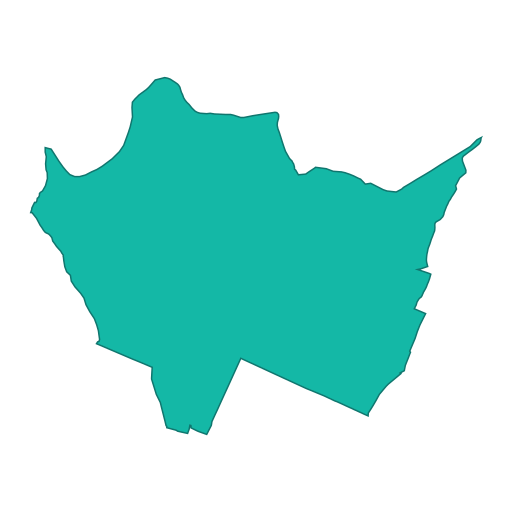 Tlanepantla, Puebla, Mexico
{"feature_id": "50627088B83068266269285", "entity_name": "Tlanepantla", "entity_type": "district", "adm_level": 2, "iso_a3": "MEX", "parent_name": "Mexico", "parent_adm1": "Puebla", "projection": "albers", "projection_center": [-97.882, 18.857], "detail": "fine", "context": "isolated", "style": "filled", "palette": "teal", "viewbox_px": 512, "rotation_deg": 0, "n_neighbors": 0, "source": "geoboundaries", "source_scale": "gbopen_adm2", "svg_char_len": 4454}
<svg xmlns="http://www.w3.org/2000/svg" viewBox="0 0 512 512"><path d="M164.7,77.6L155.2,80.0L152.6,83.0L148.8,87.3L148.4,87.7L146.2,89.7L139.2,94.8L134.9,99.1L132.4,102.2L132.0,107.5L132.5,117.0L130.2,126.9L128.5,132.2L123.7,145.4L119.4,151.7L112.2,158.8L102.3,166.2L96.9,169.5L91.7,171.8L85.5,175.0L79.6,176.6L74.7,176.6L69.8,174.6L66.3,171.0L63.0,167.0L58.8,161.1L57.1,158.4L51.4,149.5L51.1,149.1L47.8,148.3L45.2,147.6L45.2,152.1L46.3,156.7L45.6,163.8L46.1,169.8L47.2,172.6L47.4,178.6L45.5,185.7L42.5,191.0L40.4,192.4L39.5,193.5L39.4,195.5L38.6,197.3L37.3,198.3L36.8,201.1L35.8,202.6L34.6,202.4L33.3,205.0L31.9,207.9L31.7,209.6L31.2,211.2L30.7,212.6L32.1,212.7L36.5,218.3L40.2,225.3L41.8,227.5L43.6,230.4L45.3,232.4L47.1,233.3L48.5,233.9L49.7,235.0L51.0,236.5L51.9,237.8L52.6,240.5L52.7,241.0L54.9,244.0L56.5,246.4L58.7,248.9L60.9,251.3L61.5,252.6L63.3,255.2L63.2,256.3L63.3,256.4L63.5,257.9L63.8,260.6L64.8,266.7L66.7,271.8L70.4,275.3L71.3,281.1L75.0,286.9L80.6,293.2L84.0,298.1L86.0,304.7L89.8,311.7L94.4,318.7L96.7,324.8L98.4,330.7L99.6,339.5L99.0,341.3L97.6,341.9L96.5,343.7L112.2,350.4L117.8,352.8L119.0,353.3L126.7,356.6L127.4,356.9L133.0,359.3L133.8,359.6L139.9,362.1L152.2,367.3L151.6,378.1L151.6,379.1L156.3,394.3L160.3,402.4L160.7,404.0L161.4,406.9L165.0,421.1L166.1,425.7L166.8,426.3L166.8,427.7L175.8,430.1L176.4,430.4L177.7,431.2L180.3,431.8L187.6,433.4L189.2,429.0L189.9,425.2L190.9,425.5L191.1,427.9L197.4,431.0L197.7,431.1L198.6,431.5L206.7,434.4L211.3,425.4L211.4,424.6L211.5,424.4L211.9,421.6L215.0,414.8L217.4,409.7L220.6,402.6L224.8,393.4L228.3,385.8L240.4,359.2L240.8,358.3L276.3,374.7L291.5,381.7L306.3,388.5L324.0,395.8L328.7,398.0L335.0,401.0L337.0,401.7L339.0,402.6L341.2,403.6L343.4,404.6L345.5,405.6L350.1,407.7L352.2,408.6L352.7,408.9L353.2,409.1L354.4,409.7L356.5,410.6L357.1,410.9L358.8,411.7L361.3,412.8L363.8,414.0L368.1,415.9L368.3,413.0L370.8,409.2L373.2,405.3L376.0,400.5L379.4,394.3L386.2,386.2L388.3,384.1L400.9,373.6L400.1,373.0L404.3,370.7L404.4,370.1L405.3,365.5L406.1,363.4L408.5,357.4L409.8,353.9L410.5,352.2L409.7,351.2L412.6,344.3L413.5,342.2L415.1,338.4L417.3,331.6L418.8,327.8L420.0,324.8L425.6,313.6L414.3,308.8L414.8,307.8L415.4,306.5L416.1,305.2L416.5,303.9L416.7,303.0L417.0,302.1L417.7,300.9L418.5,299.6L419.2,298.6L420.0,297.9L421.1,297.1L421.6,296.4L422.1,295.5L422.5,294.4L423.0,293.4L423.4,292.3L424.0,291.3L424.8,289.9L425.7,288.3L426.5,286.6L427.0,285.2L427.6,283.6L428.3,282.1L429.0,280.2L429.5,278.8L430.2,276.3L430.8,274.2L429.1,273.4L417.6,269.5L420.5,268.9L422.1,268.4L427.0,266.7L427.7,266.5L427.2,264.6L426.6,262.1L426.4,260.1L426.5,258.2L426.7,255.8L427.0,253.7L427.4,252.1L427.9,249.4L428.1,248.5L428.3,247.9L428.8,246.6L429.7,244.3L430.4,242.2L431.1,239.9L431.7,238.3L432.5,236.4L433.5,233.6L434.6,230.9L434.8,229.2L434.9,227.4L434.8,225.0L434.9,223.6L435.4,222.7L436.2,221.8L437.1,221.3L439.9,219.7L440.4,219.3L442.8,216.7L443.6,215.0L443.8,214.4L444.2,212.4L445.1,210.1L445.8,208.3L446.6,206.2L447.6,204.3L448.1,203.2L448.8,201.5L449.4,200.6L450.3,199.4L451.0,198.1L451.7,196.8L452.5,195.7L453.7,193.9L455.0,191.8L456.5,189.1L455.6,185.7L459.1,179.0L459.6,178.0L465.8,172.8L465.9,170.2L462.5,161.2L462.3,158.9L462.3,157.9L462.6,157.3L463.5,156.0L465.0,154.9L468.3,152.3L472.2,149.5L475.4,147.0L478.9,144.1L480.2,142.2L480.7,140.9L480.9,139.4L481.1,137.9L481.3,137.5L479.0,138.7L477.0,139.8L470.2,146.6L440.6,164.7L431.2,170.8L423.4,175.5L416.4,179.6L410.1,183.5L403.5,187.4L401.7,189.1L396.2,192.0L394.2,191.8L387.0,191.0L383.2,189.7L370.7,183.3L365.3,184.1L360.6,179.2L357.8,178.0L353.6,175.9L349.7,174.3L345.0,172.7L341.4,171.9L333.2,171.3L326.2,168.7L315.5,167.3L314.6,168.1L309.1,171.7L305.7,174.1L298.4,174.8L295.6,170.0L294.6,169.3L294.4,166.8L293.6,163.9L292.7,162.5L291.8,160.7L290.5,159.6L289.2,158.0L288.4,156.5L287.3,154.6L287.1,154.2L285.5,151.4L284.0,147.2L282.1,141.4L280.9,137.5L279.2,132.2L277.9,128.8L277.2,125.3L277.4,122.4L277.9,120.5L278.5,118.4L278.7,116.4L278.5,114.4L276.9,112.6L275.0,112.3L269.7,113.1L263.1,114.1L252.9,115.7L247.4,116.8L243.8,117.5L240.7,117.5L237.3,116.4L233.6,115.2L230.6,114.5L225.8,114.5L219.5,114.2L214.6,114.0L210.2,113.3L206.7,113.7L203.9,113.5L200.0,113.2L197.4,112.4L195.3,111.3L193.9,110.0L191.8,107.9L189.0,104.4L186.9,102.4L185.2,100.3L183.7,97.9L182.6,94.8L181.4,92.3L180.6,89.8L179.9,87.2L178.6,85.2L177.5,84.0L175.4,82.5L172.9,80.9L170.3,79.2L167.7,78.2L164.7,77.6Z" fill="#14b8a6" stroke="#0f766e" stroke-width="1.5"/></svg>